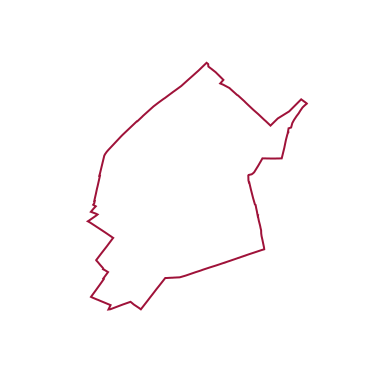 Auce, Auces, Latvia (Equal Earth projection), rotated 320°
{"feature_id": "27541924B35234927620739", "entity_name": "Auce", "entity_type": "district", "adm_level": 2, "iso_a3": "LVA", "parent_name": "Latvia", "parent_adm1": "Auces", "projection": "equal_earth", "projection_center": [22.905, 56.46], "detail": "fine", "context": "isolated", "style": "outline", "palette": "rose", "viewbox_px": 384, "rotation_deg": 320, "n_neighbors": 0, "source": "geoboundaries", "source_scale": "gbopen_adm2", "svg_char_len": 2650}
<svg xmlns="http://www.w3.org/2000/svg" viewBox="0 0 384 384"><g transform="rotate(320 192 192)"><path d="M309.4,206.3L313.1,203.7L316.4,202.4L320.8,201.1L324.3,200.3L327.0,199.4L327.3,199.3L329.9,198.6L331.0,198.3L332.3,198.2L334.1,198.1L336.8,198.1L336.8,197.7L335.2,191.2L318.2,192.7L305.0,190.8L294.8,191.6L294.0,184.6L293.8,183.6L292.8,174.9L291.8,168.5L291.0,161.7L290.7,159.0L290.5,157.0L290.5,156.5L289.3,147.6L288.9,146.6L287.6,137.3L287.6,136.8L287.4,136.1L287.3,135.9L284.9,129.9L283.4,127.0L288.1,126.3L287.1,115.3L285.2,106.4L286.6,104.4L286.2,102.4L274.5,103.2L274.0,103.2L260.2,103.6L251.9,103.9L243.2,103.3L242.3,103.2L231.6,102.6L230.0,102.4L224.1,102.0L217.5,101.7L203.1,102.2L202.4,102.3L195.5,102.7L195.3,102.4L185.4,103.0L175.6,103.6L173.4,103.8L155.0,106.0L152.5,106.4L150.6,106.9L150.2,107.0L149.8,107.1L149.6,107.2L149.4,107.3L148.9,107.5L148.4,107.6L140.8,113.2L133.2,118.8L132.3,119.4L131.4,120.0L131.9,120.4L123.9,126.5L123.1,127.1L121.3,128.4L117.1,131.7L115.9,132.6L111.3,136.1L111.7,136.4L110.0,137.7L108.1,138.3L109.1,141.1L105.7,141.5L101.8,142.2L103.7,145.5L104.5,146.9L105.2,148.5L104.4,148.5L103.9,148.5L94.9,147.7L93.4,147.5L93.9,148.8L94.3,149.9L98.7,164.5L99.1,165.9L99.3,166.5L102.1,176.5L101.0,176.7L91.2,179.0L83.7,180.6L74.8,182.6L74.7,183.2L74.8,184.6L74.8,188.8L74.9,192.4L74.9,192.5L74.8,193.7L74.6,194.2L74.3,194.2L74.4,194.5L74.9,195.5L75.2,196.4L76.2,199.4L68.3,201.3L68.5,202.0L64.4,203.1L55.4,205.4L47.2,207.4L47.8,208.8L48.8,210.7L50.0,213.1L50.6,214.1L51.8,216.5L53.9,220.5L55.7,224.0L56.9,226.3L52.5,228.3L53.3,228.8L54.0,229.3L67.2,233.9L67.4,234.0L74.3,236.6L74.6,237.9L75.1,240.8L76.9,246.9L77.4,249.0L88.2,246.7L92.2,245.8L98.7,244.4L102.2,243.6L105.7,242.9L110.5,241.9L116.2,240.7L116.7,241.1L117.3,241.6L119.2,243.0L121.2,244.5L122.2,245.3L123.2,246.0L124.5,247.0L127.8,249.5L133.5,252.0L143.4,255.8L145.8,256.8L148.3,257.8L150.3,258.5L157.3,261.3L159.7,262.3L163.3,263.8L177.3,269.3L178.9,269.9L195.6,276.3L200.1,278.1L208.2,281.3L210.5,282.3L211.4,281.0L214.5,275.2L215.0,274.3L215.3,273.7L216.9,270.6L218.4,268.2L220.3,265.8L221.6,263.2L221.8,262.9L222.8,261.0L224.7,257.0L226.3,254.1L226.9,253.0L227.0,252.9L226.8,252.9L227.8,251.1L229.4,248.3L230.7,245.8L232.4,242.8L232.2,242.0L234.9,235.9L238.9,227.6L242.0,221.5L241.7,221.4L242.7,219.4L245.7,215.6L246.2,215.6L246.4,215.4L247.0,215.7L249.1,216.8L250.6,216.9L251.3,216.9L252.4,216.8L260.0,214.3L267.6,211.5L267.8,211.7L275.6,218.5L282.3,223.9L282.9,223.5L291.1,217.5L297.4,212.5L301.6,209.5L302.7,208.8L303.4,208.5L303.2,208.4L305.5,206.5L306.6,205.6L306.9,205.3L309.4,206.3Z" fill="none" stroke="#9f1239" stroke-width="2"/></g></svg>